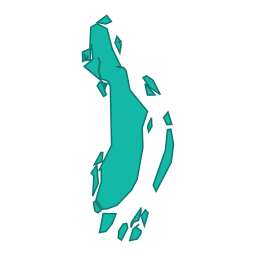 the district of Bhola, Barisal, Bangladesh
{"feature_id": "16705992B37732832620169", "entity_name": "Bhola", "entity_type": "district", "adm_level": 2, "iso_a3": "BGD", "parent_name": "Bangladesh", "parent_adm1": "Barisal", "projection": "natural_earth1", "projection_center": [90.703, 22.35], "detail": "medium", "context": "isolated", "style": "filled", "palette": "teal", "viewbox_px": 256, "rotation_deg": 0, "n_neighbors": 0, "source": "geoboundaries", "source_scale": "gbopen_adm2", "svg_char_len": 1839}
<svg xmlns="http://www.w3.org/2000/svg" viewBox="0 0 256 256"><path d="M89.9,47.1L91.5,45.3L93.0,59.1L84.1,66.5L101.0,80.5L98.4,71.1L99.8,62.3L97.9,57.0L100.1,62.2L98.7,70.9L100.9,78.7L107.7,81.0L110.3,86.2L111.6,145.2L99.2,170.2L101.2,169.4L101.3,181.8L96.1,199.3L102.4,209.2L107.0,208.9L117.0,205.2L131.4,190.2L137.1,179.4L142.9,147.3L142.2,127.7L147.5,111.4L129.9,89.9L126.1,70.5L123.5,67.5L118.8,67.3L117.7,66.7L120.9,66.5L112.2,48.8L107.1,28.9L97.0,23.7L90.8,27.4L89.9,47.1ZM173.5,144.5L170.8,129.1L167.5,129.7L165.4,150.2L153.2,185.2L156.1,191.3L171.2,162.3L173.5,144.5ZM116.0,213.8L103.2,213.5L99.5,232.6L105.9,231.4L112.1,223.7L116.0,213.8ZM160.3,94.6L153.0,80.2L146.4,75.8L143.0,77.7L149.4,86.9L160.3,94.6ZM92.7,196.1L98.3,183.3L96.8,165.0L91.1,173.1L93.9,175.9L92.7,196.1ZM129.7,240.6L137.1,239.0L140.7,234.2L141.2,230.9L135.9,227.1L139.2,224.1L133.1,229.1L129.7,240.6ZM121.4,240.1L127.7,228.1L126.7,223.4L123.0,224.1L118.9,230.8L118.2,237.8L121.4,240.1ZM100.0,82.7L103.1,81.6L99.5,82.2L97.2,85.9L103.7,96.5L106.3,94.7L102.8,84.5L105.2,87.4L104.9,83.8L105.8,86.4L107.2,83.5L100.0,82.7ZM171.8,124.4L168.0,112.0L163.6,117.5L166.9,124.6L171.8,124.4ZM82.7,61.5L85.1,60.5L84.2,53.8L86.5,59.8L87.8,55.6L87.0,60.2L90.4,60.1L90.4,48.5L82.5,52.0L82.7,61.5ZM148.1,213.1L145.5,209.9L141.1,215.7L144.4,225.9L148.1,213.1ZM97.3,22.4L105.8,24.0L111.4,21.6L106.7,15.4L97.3,22.4ZM121.2,41.8L116.9,36.4L115.0,42.7L119.8,53.1L121.2,44.4L119.0,42.0L121.2,41.8ZM94.3,164.8L102.1,161.6L102.8,152.5L100.9,152.4L94.3,164.8ZM155.1,94.9L145.8,84.3L145.1,84.3L147.5,95.1L155.1,94.9ZM138.5,220.4L141.2,210.5L140.8,208.4L131.2,222.7L131.0,227.5L133.6,222.2L138.5,220.4ZM94.9,210.8L98.0,212.9L101.1,210.2L95.3,201.0L93.4,202.7L94.9,210.8ZM148.6,131.8L151.9,126.5L151.4,117.7L147.5,126.3L148.6,131.8Z" fill="#14b8a6" stroke="#0f766e" stroke-width="1.5"/></svg>